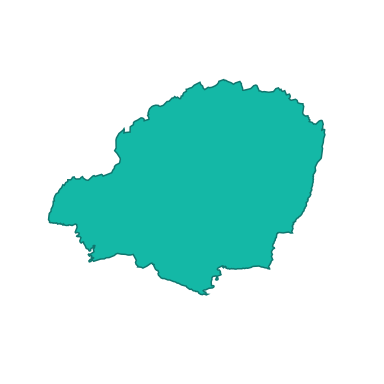 the district of Sanqebethu, Mokhotlong, Lesotho, rotated 253°
{"feature_id": "5366337B9113351497763", "entity_name": "Sanqebethu", "entity_type": "district", "adm_level": 2, "iso_a3": "LSO", "parent_name": "Lesotho", "parent_adm1": "Mokhotlong", "projection": "equal_earth", "projection_center": [29.193, -29.287], "detail": "fine", "context": "isolated", "style": "filled", "palette": "teal", "viewbox_px": 384, "rotation_deg": 253, "n_neighbors": 0, "source": "geoboundaries", "source_scale": "gbopen_adm2", "svg_char_len": 6016}
<svg xmlns="http://www.w3.org/2000/svg" viewBox="0 0 384 384"><g transform="rotate(253 192 192)"><path d="M207.8,335.8L210.1,335.8L212.7,337.1L213.4,336.4L213.1,334.2L213.7,334.4L215.1,335.7L217.0,336.3L218.4,337.3L222.0,337.3L222.5,337.0L222.8,335.7L222.6,334.2L220.6,330.2L221.3,329.2L221.3,328.2L223.3,327.4L225.1,324.7L226.4,325.8L227.7,325.0L228.7,325.5L229.5,325.0L231.0,325.1L231.4,322.7L233.4,321.1L235.2,320.9L241.3,323.9L242.5,323.6L243.9,323.9L244.8,321.6L245.9,319.8L246.5,319.3L248.8,319.3L250.4,318.1L250.7,313.7L251.5,312.8L252.4,312.6L253.0,312.1L253.9,313.4L255.0,314.0L257.1,313.8L257.3,310.7L261.8,310.3L261.6,308.2L262.4,307.4L264.2,307.1L263.9,305.9L266.3,305.1L266.3,302.4L264.2,299.3L264.9,294.6L266.9,290.4L267.2,288.4L268.8,286.6L269.0,285.8L274.8,285.2L275.6,284.3L275.6,282.1L273.9,278.9L273.7,277.5L274.1,271.3L274.5,270.3L276.6,270.7L280.0,270.5L281.0,270.9L283.7,270.1L283.6,265.4L282.9,263.2L285.2,261.2L287.2,258.5L289.0,256.9L289.2,255.6L290.2,255.3L290.0,250.1L288.8,249.3L287.5,247.5L286.8,245.4L286.3,241.8L286.6,239.4L287.4,238.1L286.2,234.2L288.0,233.1L290.2,233.1L292.2,231.8L294.6,231.7L293.5,225.4L291.9,222.3L292.0,219.8L291.6,217.8L291.9,216.5L289.9,216.1L289.4,213.3L288.3,212.1L286.7,211.2L286.9,209.8L284.7,208.4L285.0,207.3L287.0,205.8L286.7,204.4L288.3,203.4L287.3,201.7L287.7,200.5L285.5,196.7L285.8,194.5L283.3,190.0L283.1,186.7L283.8,185.5L284.6,185.2L285.6,182.8L285.7,180.2L285.4,178.5L283.9,175.7L280.2,173.0L279.0,173.3L278.4,172.0L275.5,172.5L274.1,172.0L274.1,167.1L275.3,167.4L276.3,167.2L277.3,166.1L277.8,164.9L276.7,161.1L276.2,157.7L275.6,156.5L273.5,155.6L272.4,152.0L267.4,150.3L268.4,145.5L268.4,144.2L271.6,145.5L272.4,145.5L271.3,144.2L269.3,139.3L265.8,135.6L263.9,134.5L256.2,132.3L254.1,130.1L250.9,131.6L245.6,133.1L244.4,133.1L241.5,131.6L240.7,130.8L240.1,127.1L239.1,125.4L237.3,124.6L236.2,122.9L233.9,120.8L233.2,111.6L234.5,111.3L235.3,110.6L235.2,104.0L236.3,103.2L236.2,101.8L233.5,96.2L234.4,94.3L235.4,93.4L237.1,92.1L238.7,91.8L238.4,90.3L237.3,88.6L238.3,84.9L239.9,83.7L240.9,83.7L241.0,82.0L240.0,81.2L239.1,79.6L240.0,76.8L238.3,76.2L237.9,74.0L235.7,71.8L236.7,70.7L234.0,68.3L233.7,67.2L231.7,64.7L230.5,64.2L230.0,61.6L228.1,59.6L225.7,57.9L223.7,57.8L223.7,56.6L220.9,55.7L219.0,54.5L216.8,52.3L214.7,51.5L213.2,49.2L212.5,49.2L212.1,48.7L207.4,46.7L205.6,47.3L204.8,46.9L204.1,47.4L203.4,49.5L202.8,50.1L202.7,51.0L202.0,52.6L202.0,53.6L200.6,54.1L200.6,55.6L199.9,56.6L200.4,57.0L199.2,58.0L199.0,58.7L198.3,58.7L198.2,59.1L198.8,59.9L197.9,60.0L197.9,60.5L197.4,60.8L196.7,62.1L196.5,63.3L196.2,63.7L196.6,64.9L195.0,67.5L195.5,71.1L194.5,72.2L193.8,71.9L192.1,72.0L187.8,68.6L186.9,68.8L186.8,70.7L185.5,72.1L184.2,71.2L183.9,69.3L183.3,68.8L182.7,69.6L182.1,71.8L180.8,72.5L178.0,70.4L176.5,70.5L175.6,71.1L176.1,73.0L175.8,73.6L174.4,73.4L172.1,74.1L169.0,74.4L167.4,76.3L166.0,76.3L165.5,76.7L165.5,77.9L166.7,78.3L167.6,79.2L167.7,81.3L169.4,81.7L169.6,82.6L169.2,83.4L167.1,82.3L166.1,80.9L163.5,80.8L162.2,76.3L162.9,75.2L162.4,74.5L160.6,75.2L160.7,77.1L160.4,77.4L159.6,77.3L158.7,76.5L158.2,76.7L158.3,78.2L157.7,78.6L157.0,76.9L157.4,75.2L156.2,73.2L155.2,73.4L155.1,74.9L156.1,76.2L155.8,76.9L154.5,77.7L154.6,85.1L153.7,88.7L154.2,90.8L153.5,93.5L154.0,99.1L155.0,101.5L155.0,103.0L153.3,106.1L151.8,110.2L150.4,112.4L149.8,114.4L149.5,117.5L143.0,118.8L141.2,117.4L139.1,117.4L136.9,118.6L136.3,118.1L134.9,121.5L133.6,122.8L134.3,127.2L135.8,131.7L135.7,132.9L134.3,133.2L134.0,133.7L134.1,134.2L133.7,134.5L132.8,133.9L128.8,134.5L127.5,135.3L126.9,136.4L124.6,136.6L123.9,135.7L122.4,135.6L118.9,137.3L117.7,138.8L117.4,140.2L114.9,143.3L114.5,144.8L111.6,148.4L111.0,149.7L109.2,151.2L108.8,152.3L106.2,154.8L103.6,159.0L102.5,159.2L99.9,161.1L99.5,161.6L99.2,163.1L97.2,164.3L96.4,166.1L95.8,166.4L95.2,168.2L94.1,168.9L93.3,168.9L91.6,170.4L90.8,171.9L91.0,173.6L89.4,175.6L89.6,177.1L90.2,175.7L92.1,175.9L93.0,174.5L94.3,173.8L94.8,175.0L94.4,176.4L95.0,180.1L94.3,183.4L94.6,184.8L95.2,185.4L95.9,185.4L96.4,184.7L96.5,183.5L96.9,183.3L100.5,184.1L102.7,185.6L104.0,185.8L105.1,187.2L104.8,190.4L103.6,190.8L102.2,189.9L101.6,189.1L100.7,189.4L100.5,190.8L101.1,191.5L102.4,191.6L102.8,191.0L103.8,191.6L104.2,192.5L104.3,195.3L104.7,195.7L106.4,195.2L106.9,195.8L108.1,195.8L109.5,195.2L109.6,194.4L110.0,193.9L110.6,193.6L111.3,194.0L111.9,195.2L112.5,199.4L112.0,200.2L111.2,199.5L110.3,200.0L111.2,202.0L110.1,202.7L109.6,202.2L109.2,202.4L108.1,203.9L108.2,204.6L107.3,205.4L107.2,207.6L106.9,207.7L106.6,208.6L106.6,208.4L106.5,209.6L106.1,209.8L105.5,211.2L105.3,212.2L105.4,213.0L104.0,217.3L104.2,218.5L103.4,219.9L103.4,221.6L102.8,223.0L102.6,226.7L103.0,228.0L102.9,229.0L101.6,234.5L100.0,236.4L99.5,237.7L98.2,239.6L97.4,241.5L96.7,241.9L95.7,243.7L96.4,243.9L97.4,243.4L98.4,243.5L100.5,245.9L101.0,246.1L101.2,246.7L102.3,247.2L103.3,248.4L103.6,249.4L107.2,249.1L108.9,250.7L110.2,250.3L111.8,250.6L113.6,252.5L114.1,254.4L114.8,254.4L115.2,253.7L116.6,253.2L118.8,254.6L119.1,255.4L120.5,256.1L121.5,257.4L123.4,258.3L123.7,259.3L127.1,260.8L127.4,261.9L127.9,262.1L127.8,263.5L126.2,267.3L125.5,272.5L123.9,274.4L123.5,276.1L125.4,275.8L125.7,276.4L127.6,277.9L128.3,277.7L129.5,278.2L130.0,277.9L130.8,278.6L131.2,279.5L131.7,279.4L132.1,280.0L133.2,280.0L133.1,280.7L133.4,281.4L133.8,281.5L133.6,282.4L134.7,282.9L135.6,283.9L136.4,285.4L136.3,286.3L137.2,287.2L137.4,288.5L138.5,290.3L140.4,292.0L141.3,293.6L142.9,294.3L143.3,295.2L144.2,295.6L145.4,297.4L148.6,298.2L149.1,299.7L150.5,300.7L151.0,300.4L151.2,300.8L152.1,301.0L153.4,303.5L155.1,305.0L156.6,304.7L156.8,305.3L158.3,306.3L158.4,306.8L159.5,307.3L160.5,307.2L162.9,309.1L164.5,309.6L166.1,310.8L167.5,311.1L168.8,311.9L169.3,311.6L171.2,312.6L171.7,312.3L171.9,312.8L173.1,313.0L174.4,314.7L175.1,315.0L175.2,315.6L175.7,315.7L176.1,316.4L179.7,317.0L183.6,320.6L186.3,325.2L187.2,325.8L195.5,329.6L197.4,329.6L200.9,332.0L204.6,333.5L207.8,335.8Z" fill="#14b8a6" stroke="#0f766e" stroke-width="1.5"/></g></svg>